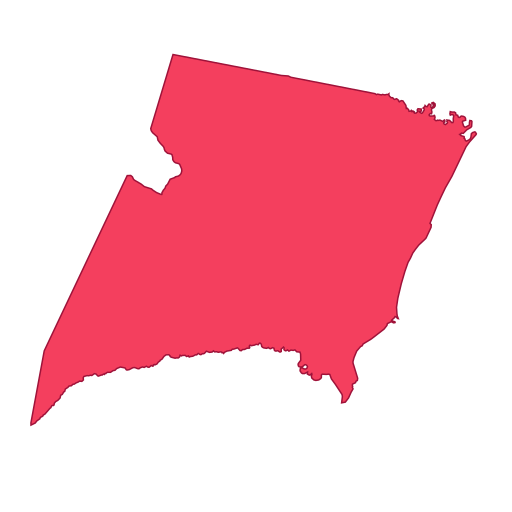 the district of Kowanyama, Queensland, Australia, rotated 186°
{"feature_id": "25037944B1656499074776", "entity_name": "Kowanyama", "entity_type": "district", "adm_level": 2, "iso_a3": "AUS", "parent_name": "Australia", "parent_adm1": "Queensland", "projection": "mercator", "projection_center": [141.794, -15.277], "detail": "fine", "context": "isolated", "style": "filled", "palette": "rose", "viewbox_px": 512, "rotation_deg": 186, "n_neighbors": 0, "source": "geoboundaries", "source_scale": "gbopen_adm2", "svg_char_len": 6028}
<svg xmlns="http://www.w3.org/2000/svg" viewBox="0 0 512 512"><g transform="rotate(186 256 256)"><path d="M392.5,322.5L456.7,139.5L462.4,66.6L462.1,64.3L458.0,66.9L456.9,68.9L454.0,71.5L453.8,72.4L452.9,73.5L452.2,73.8L451.1,74.8L451.0,75.6L449.4,76.7L445.1,82.9L444.2,83.7L443.5,85.7L442.9,86.1L441.9,86.1L441.3,86.7L441.2,88.5L440.0,90.3L438.0,91.7L436.0,94.3L435.7,97.1L434.2,98.1L433.0,100.7L432.1,101.3L431.7,103.8L429.4,105.6L428.4,107.1L426.0,107.7L424.7,109.3L423.3,109.6L421.8,110.9L419.4,112.2L418.5,113.1L416.1,113.1L414.7,114.7L415.1,116.9L414.6,118.2L411.5,119.4L409.9,119.4L408.1,120.1L406.8,120.0L404.4,122.1L402.8,121.9L400.8,120.2L400.1,120.1L397.3,121.5L396.6,121.5L395.5,122.5L394.9,122.7L394.5,122.4L393.9,123.3L393.1,123.3L392.5,124.2L391.5,124.8L388.5,125.1L386.3,127.0L384.3,127.6L382.8,129.5L379.3,131.4L374.6,131.0L373.1,129.3L372.4,129.1L370.3,129.7L366.7,132.1L364.8,132.4L362.0,131.6L360.6,131.6L359.3,132.8L357.2,133.8L355.6,133.5L353.5,134.9L351.7,134.1L350.5,134.3L348.8,136.1L347.1,135.6L346.8,135.8L346.8,136.8L345.9,137.5L345.2,137.1L343.2,138.3L342.2,140.1L340.5,141.7L340.4,142.3L338.7,143.6L337.0,146.6L335.1,148.3L332.3,148.7L331.0,147.7L330.9,147.1L329.8,146.5L325.8,145.9L324.2,146.4L322.6,146.5L321.5,147.6L321.1,149.4L319.8,148.8L318.8,149.4L316.0,149.8L314.6,148.8L312.7,149.6L312.3,148.8L311.5,148.6L310.9,149.1L308.4,149.7L305.9,151.4L304.6,151.5L303.4,153.0L302.7,153.0L301.8,152.3L300.5,152.1L299.0,153.3L298.0,153.3L297.1,153.8L295.4,156.1L292.2,155.3L289.6,155.9L288.4,157.2L287.1,156.3L285.1,156.7L283.5,156.3L281.0,157.0L280.0,156.8L279.7,156.2L278.7,156.4L278.0,155.7L277.3,156.9L275.0,158.4L270.7,159.6L269.9,160.8L268.3,161.1L264.9,162.7L264.1,162.3L262.0,160.3L260.7,160.3L259.7,161.5L257.5,161.9L255.4,163.3L252.9,163.7L252.7,164.7L253.3,165.6L252.9,166.5L252.5,166.7L251.3,166.3L248.0,167.3L246.7,168.2L244.5,168.0L243.6,169.7L242.5,169.7L241.5,168.7L240.9,166.7L240.0,165.9L238.6,165.4L235.7,165.3L234.2,166.3L233.1,165.5L231.8,165.3L229.9,166.6L228.4,166.1L228.0,164.4L227.3,163.7L226.3,163.5L224.4,164.1L222.4,163.0L221.6,163.1L220.9,163.7L221.2,166.1L219.1,168.3L218.4,167.5L218.4,165.7L217.1,164.9L216.4,164.8L214.8,165.9L213.3,164.8L211.4,166.1L209.1,166.0L207.5,166.7L205.5,165.0L202.2,165.0L201.4,163.1L200.6,157.0L202.7,153.5L202.8,152.3L202.3,151.0L201.4,150.3L199.3,150.3L197.8,151.2L196.2,153.0L195.2,153.1L194.0,152.5L193.2,151.3L193.6,149.8L194.7,148.8L196.2,148.7L198.5,149.7L199.7,149.2L200.2,148.5L200.2,146.8L200.0,146.1L198.5,144.4L197.4,143.9L195.5,144.1L192.6,146.0L192.6,144.0L190.6,143.1L189.8,143.3L188.3,144.9L188.0,144.2L188.4,142.3L187.8,140.5L185.5,138.8L183.5,138.5L180.6,139.3L178.8,140.9L178.3,141.9L178.5,144.6L177.8,145.4L173.6,145.6L171.4,146.1L170.2,145.9L168.2,141.7L163.5,136.5L155.9,127.2L155.4,125.2L155.5,118.9L151.9,120.0L149.1,124.6L147.2,130.4L145.6,134.0L146.5,135.6L146.2,136.4L146.7,137.5L146.6,138.7L143.8,140.4L143.5,141.9L142.2,142.8L142.1,145.0L148.3,159.6L148.5,161.2L147.9,165.2L145.9,172.0L142.5,176.9L141.0,177.8L140.3,179.7L132.6,185.6L120.9,196.8L118.5,200.7L118.3,202.5L114.6,204.8L112.3,203.9L110.9,204.2L110.7,204.7L111.0,205.1L114.2,205.8L114.5,206.2L111.9,209.1L111.4,210.3L109.9,209.9L108.8,208.7L107.9,208.6L109.2,211.0L109.8,213.3L110.9,219.7L110.5,229.0L108.6,243.7L106.3,256.3L104.1,265.6L102.2,269.9L100.4,275.3L98.1,279.4L95.2,284.0L89.0,291.2L88.6,292.1L84.9,302.8L85.0,305.5L86.4,306.6L81.0,325.8L77.9,334.9L74.8,343.6L69.5,355.7L58.5,386.7L55.6,391.7L49.9,399.6L49.6,400.5L50.7,402.1L51.5,402.3L53.5,401.4L54.6,400.2L54.7,396.4L55.3,394.8L56.4,393.7L58.7,392.3L59.8,392.7L60.7,394.6L61.4,394.9L61.3,396.1L61.6,396.6L64.7,397.1L65.9,398.1L64.5,398.4L65.5,398.7L64.5,399.7L62.7,399.6L59.6,403.5L55.8,406.3L55.1,407.5L55.3,412.3L55.8,413.0L57.5,413.1L57.7,411.3L57.5,408.9L57.9,408.2L60.9,406.2L61.8,406.0L63.2,407.1L64.8,410.9L64.5,411.7L61.7,412.9L62.0,414.8L62.8,415.9L64.1,416.5L66.2,416.7L67.1,416.2L67.7,415.2L68.6,415.0L69.3,415.3L70.2,417.1L71.8,417.2L72.5,419.3L73.8,419.9L76.2,419.6L77.9,419.9L78.0,417.6L77.5,416.4L76.2,417.1L75.0,417.1L74.0,416.2L74.2,413.0L73.8,410.7L74.1,409.3L75.2,409.1L77.7,411.1L80.3,411.2L80.0,410.6L80.3,409.9L79.6,409.2L79.5,408.6L79.7,408.0L81.4,406.5L82.5,406.8L83.2,407.6L83.2,408.3L82.2,409.0L82.4,410.7L82.9,411.0L84.4,409.4L87.3,410.4L88.9,409.9L89.7,410.1L90.2,409.6L91.3,409.4L92.9,410.5L92.4,412.2L92.8,413.9L93.5,414.5L94.0,413.8L97.5,413.4L98.3,413.7L98.6,414.5L97.5,416.0L96.3,415.8L96.1,417.6L96.8,419.6L96.7,420.4L96.4,421.1L94.4,422.3L93.5,424.0L93.8,426.0L95.7,427.3L97.1,426.6L96.9,425.7L95.2,425.6L94.9,424.9L95.6,423.8L95.9,422.0L96.4,421.6L97.6,422.2L97.8,424.2L99.1,425.2L100.0,425.1L101.5,422.3L102.9,422.6L103.6,423.3L103.9,422.0L105.1,421.0L105.3,420.5L104.1,419.9L103.9,419.0L105.5,415.6L106.3,415.2L108.4,416.2L108.6,416.9L107.1,417.1L106.7,417.8L107.0,419.4L110.3,419.4L110.9,418.3L110.9,417.8L110.1,417.1L110.5,416.3L111.7,414.9L113.0,414.6L113.4,414.7L113.6,415.9L114.6,416.4L114.8,416.0L115.5,416.6L115.9,416.5L116.1,416.1L116.8,417.0L117.2,416.3L118.9,415.9L119.5,417.4L120.8,418.6L121.1,418.8L121.9,418.4L122.7,421.5L126.1,425.6L127.8,425.7L129.6,424.3L130.3,424.9L130.4,425.7L132.4,427.0L132.8,427.1L134.4,426.2L135.3,426.5L136.6,427.7L138.2,427.6L140.0,428.9L140.8,430.4L140.8,431.2L141.7,430.4L143.1,430.3L144.6,429.7L147.2,429.9L148.1,429.3L151.9,429.7L153.2,429.1L154.6,429.9L240.0,437.4L242.7,438.4L249.7,438.2L359.6,447.7L374.0,371.7L373.3,369.7L371.7,367.8L366.7,364.3L365.6,360.9L362.9,358.0L359.8,355.4L358.7,354.0L358.5,353.0L357.4,350.9L354.8,349.0L351.1,348.5L350.2,348.0L349.2,345.5L348.8,343.0L347.5,341.3L345.9,340.3L342.6,339.8L341.5,339.2L339.1,334.9L338.7,332.8L339.1,330.3L339.9,328.9L341.5,327.4L344.5,326.3L345.1,325.5L349.4,323.4L351.4,318.2L353.0,316.2L353.6,313.8L355.2,311.5L355.6,310.1L356.1,309.5L356.1,307.4L356.9,307.3L361.6,308.7L365.6,310.8L366.9,311.8L374.3,313.3L377.7,315.5L384.8,318.7L385.9,319.6L387.2,321.8L389.0,323.0L392.5,322.5Z" fill="#f43f5e" stroke="#9f1239" stroke-width="1.5"/></g></svg>